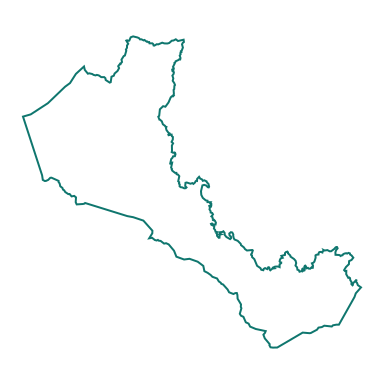 Upper Denkyira West, Central, Ghana (orthographic projection)
{"feature_id": "2480657B72362309510067", "entity_name": "Upper Denkyira West", "entity_type": "district", "adm_level": 2, "iso_a3": "GHA", "parent_name": "Ghana", "parent_adm1": "Central", "projection": "orthographic", "projection_center": [-1.984, 6.106], "detail": "fine", "context": "isolated", "style": "outline", "palette": "teal", "viewbox_px": 384, "rotation_deg": 0, "n_neighbors": 0, "source": "geoboundaries", "source_scale": "gbopen_adm2", "svg_char_len": 5977}
<svg xmlns="http://www.w3.org/2000/svg" viewBox="0 0 384 384"><path d="M23.0,116.6L42.1,175.3L42.8,179.9L44.8,181.0L46.0,180.9L48.2,179.9L50.3,177.8L51.5,177.7L58.6,180.9L58.6,182.1L59.6,183.4L60.3,186.3L62.4,187.9L63.0,189.6L64.2,190.3L65.2,192.0L68.3,194.1L69.6,194.0L71.6,196.4L74.2,195.9L76.0,197.4L75.7,202.2L76.7,204.4L82.9,204.0L84.5,203.6L85.1,203.0L127.3,216.1L133.2,217.2L143.4,220.6L152.4,230.7L152.3,233.3L149.2,238.3L152.1,237.8L154.8,240.0L156.7,240.5L157.9,239.9L158.8,240.7L160.6,240.9L164.1,243.6L166.1,243.2L168.7,244.4L174.0,250.7L176.4,256.7L184.1,259.5L189.5,258.8L197.7,261.7L203.3,265.9L204.4,271.2L207.6,272.8L210.7,275.0L212.4,276.8L217.1,278.5L218.8,281.4L220.7,282.7L221.3,283.8L223.1,284.5L227.6,289.5L229.1,292.3L233.4,294.0L235.3,293.1L236.8,293.0L237.4,294.9L237.6,298.7L241.0,304.4L240.8,306.9L241.4,308.2L239.8,313.8L241.0,315.7L243.4,316.8L245.8,322.3L248.6,323.6L250.1,326.6L255.8,329.0L265.7,331.1L265.0,332.8L263.4,334.7L264.8,338.4L269.7,344.2L269.4,345.2L270.5,347.3L272.9,347.6L277.3,347.5L302.7,332.6L309.7,333.2L310.8,333.0L317.0,329.7L318.5,327.6L321.8,327.1L324.3,325.7L331.8,326.5L333.0,325.3L336.2,324.7L338.9,324.7L354.5,297.0L355.8,293.3L361.0,287.4L357.8,285.1L357.1,283.0L356.0,281.9L356.6,279.6L352.9,283.5L352.9,284.9L352.5,285.3L351.4,284.1L351.6,282.2L350.3,280.2L350.0,278.1L349.2,277.5L348.3,277.9L346.2,274.2L346.3,270.9L345.0,271.1L344.1,270.1L346.0,267.0L348.9,264.2L349.1,261.1L351.5,260.0L353.3,257.7L351.5,255.4L350.1,254.5L349.9,253.4L348.5,252.9L347.1,253.6L346.2,253.2L344.4,253.6L343.2,254.2L342.5,255.3L341.2,255.4L340.7,256.0L339.2,255.0L335.5,254.8L335.4,252.2L336.2,250.0L337.6,248.4L337.1,247.1L336.3,247.0L335.5,247.5L334.3,248.9L331.2,251.2L329.7,251.3L327.4,250.1L324.7,250.5L323.6,250.0L323.9,250.6L322.7,251.3L322.4,252.5L320.8,251.9L319.3,252.1L318.5,253.5L318.5,254.5L316.3,254.8L315.5,255.4L315.6,257.8L314.4,261.6L313.4,262.7L311.9,263.3L313.0,265.5L312.8,267.8L312.0,267.9L311.8,267.1L310.2,268.7L308.7,268.6L308.0,267.9L306.8,268.3L306.0,266.5L305.3,265.6L304.8,265.8L304.4,266.6L304.8,269.1L304.5,270.4L303.9,270.6L303.7,269.7L302.9,270.2L302.6,268.8L302.2,269.1L302.1,271.3L301.4,271.1L299.5,271.7L298.8,270.2L297.4,269.7L297.1,267.4L295.5,265.6L296.2,263.1L295.6,260.8L294.0,259.0L290.5,256.6L290.3,255.5L288.0,253.3L288.0,252.4L287.4,251.6L285.9,252.1L285.0,253.1L285.0,254.9L281.4,255.9L282.7,257.8L280.7,258.4L279.9,259.9L279.6,261.5L280.4,262.4L281.2,262.5L281.2,263.1L279.6,264.4L279.6,267.1L278.1,266.5L275.1,266.6L273.4,267.4L274.5,268.3L272.4,268.6L270.3,270.3L269.6,269.5L269.3,267.7L268.8,267.2L268.2,267.3L267.2,269.1L265.1,268.1L263.7,268.9L263.3,270.2L261.3,269.8L260.4,268.1L257.1,265.8L254.3,259.1L252.1,257.1L252.0,255.5L251.2,255.0L251.1,254.3L251.9,253.3L252.8,250.4L252.3,250.0L247.0,250.5L245.0,249.1L243.9,247.4L241.0,245.1L240.7,243.8L237.7,240.8L234.5,239.5L233.7,238.1L233.2,235.6L233.3,234.5L232.3,232.5L230.9,232.2L229.3,233.5L229.6,235.6L230.8,236.4L231.1,237.0L231.0,238.3L230.1,239.1L226.4,237.0L224.7,234.9L224.6,232.9L223.4,231.3L222.2,232.0L219.4,232.3L219.7,233.6L221.2,234.3L219.7,234.7L219.5,237.7L218.8,237.8L217.1,235.9L217.0,235.0L217.6,234.5L216.4,233.3L217.1,232.1L215.5,231.7L215.1,230.0L213.9,228.5L214.3,226.6L213.8,225.9L211.4,224.8L211.0,223.9L212.0,223.5L213.0,224.4L215.5,224.6L215.9,222.7L214.9,220.7L213.3,220.2L213.7,219.6L212.7,218.9L212.5,217.2L211.4,216.4L213.0,214.4L212.2,213.0L210.6,212.5L210.6,211.2L209.5,209.4L209.9,207.7L209.3,206.0L209.8,205.9L210.2,206.8L211.0,206.7L211.3,205.5L210.9,204.6L211.4,204.0L210.8,202.7L210.1,203.2L209.8,202.6L210.2,202.2L207.5,202.1L207.5,200.7L205.8,200.4L202.8,197.9L201.3,194.9L201.0,191.2L202.4,185.4L204.1,184.9L206.2,185.5L207.8,187.2L208.7,187.4L209.1,186.7L208.5,184.0L206.8,182.2L206.6,181.4L204.3,180.3L202.8,180.8L202.0,179.4L200.2,178.6L199.1,176.8L197.2,178.8L197.0,180.9L196.3,180.7L195.5,181.4L195.0,182.5L193.4,183.9L192.4,183.1L190.5,183.7L186.7,182.5L185.5,182.8L185.2,186.0L186.5,187.4L185.7,188.2L184.2,188.3L182.3,187.4L180.7,187.2L179.6,186.3L179.7,184.4L179.0,183.7L179.2,182.2L178.2,181.3L179.3,176.2L178.0,174.6L176.6,174.2L176.4,172.9L175.1,172.9L172.3,170.7L171.7,169.5L172.0,169.0L171.1,167.6L172.2,162.5L171.5,162.5L171.0,163.9L170.2,163.6L171.2,159.1L172.5,157.7L173.1,156.3L174.9,156.2L175.5,154.2L175.2,153.2L174.6,153.4L174.4,152.5L172.9,152.7L171.7,152.1L172.0,150.9L171.9,145.5L173.1,143.3L171.6,141.9L172.8,139.5L172.9,137.0L171.9,136.2L171.6,134.6L168.6,135.2L168.4,134.7L169.8,133.9L169.8,133.5L168.5,132.8L166.5,130.1L166.0,128.2L166.4,126.9L165.4,126.6L165.0,125.8L162.9,124.3L161.8,121.3L159.9,119.6L159.4,119.6L158.3,116.7L159.2,115.8L159.9,109.3L163.1,106.2L165.4,106.7L168.5,102.5L170.7,97.4L171.8,96.3L173.0,96.4L173.8,95.5L173.3,95.1L173.9,94.1L173.6,89.9L174.2,89.1L174.4,85.9L175.0,85.0L174.2,83.0L172.7,80.8L173.3,78.4L172.4,75.6L173.6,73.9L173.9,72.2L172.4,71.0L172.2,69.5L172.7,69.2L173.5,69.6L173.8,68.3L173.0,66.9L174.5,63.9L174.4,63.0L175.1,62.7L175.6,61.3L178.7,59.9L179.3,59.2L180.2,59.4L180.5,58.0L179.7,55.6L180.6,54.3L180.3,53.1L181.5,52.0L180.9,51.2L181.8,50.4L182.9,47.6L182.0,44.3L182.9,42.7L183.9,42.0L183.6,39.7L178.0,41.0L175.8,39.3L173.5,40.5L171.8,40.7L169.2,43.0L167.4,43.5L164.3,43.4L162.2,42.7L158.2,44.4L156.8,44.2L154.4,45.6L153.6,45.5L153.2,44.1L152.3,43.3L149.5,43.3L149.2,42.1L148.2,42.2L147.3,41.5L146.7,41.7L144.5,40.0L143.7,40.4L141.4,39.3L140.0,39.4L139.2,38.3L137.6,37.5L133.1,36.4L130.7,37.3L129.3,40.6L128.1,40.8L127.1,40.3L126.3,40.6L128.2,43.8L127.0,45.5L127.0,47.7L125.9,49.7L126.3,50.7L124.9,55.5L123.7,56.1L121.5,59.6L122.0,62.0L121.1,63.1L120.2,63.5L120.4,64.3L119.4,64.6L118.2,66.2L119.1,68.1L117.5,71.0L114.6,73.5L113.8,75.7L111.5,76.7L110.7,82.2L109.7,82.6L105.7,80.0L105.4,78.2L104.2,77.1L101.2,77.1L98.8,75.4L96.8,74.9L95.6,75.4L93.6,74.9L92.2,74.0L89.2,73.3L87.9,73.7L84.8,69.9L84.0,66.5L75.9,73.9L70.0,83.1L65.1,86.7L47.9,103.2L30.7,114.4L23.0,116.6Z" fill="none" stroke="#0f766e" stroke-width="2"/></svg>